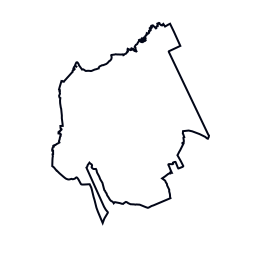 Rovinari, Gorj, Romania (Equal Earth projection), rotated 63°
{"feature_id": "2599482B72679771783557", "entity_name": "Rovinari", "entity_type": "district", "adm_level": 2, "iso_a3": "ROU", "parent_name": "Romania", "parent_adm1": "Gorj", "projection": "equal_earth", "projection_center": [23.157, 44.921], "detail": "fine", "context": "isolated", "style": "outline", "palette": "ink", "viewbox_px": 256, "rotation_deg": 63, "n_neighbors": 0, "source": "geoboundaries", "source_scale": "gbopen_adm2", "svg_char_len": 5588}
<svg xmlns="http://www.w3.org/2000/svg" viewBox="0 0 256 256"><g transform="rotate(63 128 128)"><path d="M187.0,96.0L181.3,96.0L174.7,96.3L173.9,95.1L172.4,93.1L171.7,91.9L167.2,85.8L167.0,86.0L166.9,86.4L166.6,86.5L166.1,86.4L166.0,85.9L166.3,85.3L166.2,85.0L164.9,84.1L161.9,83.1L161.7,82.8L161.7,82.0L160.4,81.9L158.8,81.6L157.9,81.7L155.8,80.4L156.1,79.6L157.8,75.1L160.1,72.3L165.9,67.0L171.0,63.2L173.0,62.4L173.8,61.7L172.6,60.1L171.5,59.3L171.1,59.4L170.1,59.5L78.9,57.1L78.4,57.0L78.2,56.8L78.2,56.6L78.6,44.1L63.3,43.4L54.2,43.2L54.2,45.4L54.4,48.9L51.3,49.3L51.7,50.5L52.2,50.4L52.2,50.5L52.2,50.8L51.6,51.7L51.1,52.0L50.8,51.9L49.9,52.5L49.3,52.6L48.7,52.4L48.4,52.7L48.5,53.4L48.3,54.2L48.3,54.5L48.7,54.6L49.4,54.6L49.7,55.0L50.1,55.3L50.4,55.1L50.6,55.1L50.8,55.4L50.5,56.2L50.6,56.6L51.1,57.3L51.8,57.4L51.9,57.9L47.9,59.2L47.7,59.5L47.5,60.9L48.1,61.4L49.1,61.0L49.5,61.5L49.4,61.9L49.6,62.0L49.7,62.3L49.4,62.7L49.4,62.9L48.8,63.0L48.9,63.3L50.7,63.1L51.2,63.4L51.4,64.3L50.8,64.6L50.9,65.1L51.5,65.6L51.9,65.8L52.2,65.8L52.4,66.4L52.8,66.3L53.0,66.9L52.9,67.0L52.9,67.8L52.3,68.2L52.5,68.3L53.0,68.3L53.0,68.5L52.9,68.8L53.2,68.9L53.3,69.2L53.4,69.5L53.7,69.5L53.8,69.7L53.6,70.1L54.2,71.2L54.4,71.4L54.8,71.4L55.1,71.9L56.0,71.6L56.3,72.3L54.8,73.0L55.1,73.5L55.3,73.5L56.2,73.3L56.5,73.0L57.8,72.4L57.9,72.6L57.0,73.0L56.8,73.3L56.9,73.6L57.9,73.2L58.0,73.5L54.5,74.8L54.6,75.0L55.3,74.8L55.5,75.0L55.7,74.9L55.8,75.1L54.7,75.6L54.8,75.8L55.3,75.7L55.4,75.9L58.0,75.1L58.1,75.5L57.5,75.7L57.8,76.5L57.5,76.7L57.4,77.2L57.2,77.3L56.2,77.7L54.6,77.9L54.6,78.3L54.9,78.4L55.5,78.8L55.9,79.4L56.5,80.6L57.4,81.7L57.5,83.2L57.8,83.8L58.4,84.7L58.5,85.0L59.0,85.2L60.2,84.9L60.9,85.7L61.7,85.5L62.3,85.6L62.6,85.9L63.5,85.6L63.6,85.9L62.2,87.3L60.8,87.6L59.7,87.5L59.5,88.0L58.8,88.6L59.3,88.9L59.3,89.0L59.0,89.2L59.0,89.4L59.3,89.4L60.0,89.3L59.7,90.5L58.4,91.4L57.3,92.3L57.7,92.7L58.4,92.9L58.9,93.3L59.5,93.1L59.7,93.3L59.6,93.7L60.1,94.2L59.9,94.5L60.8,95.9L60.7,97.5L60.8,98.0L61.0,98.4L61.0,99.1L60.7,99.1L60.2,98.9L60.1,99.0L59.5,100.6L57.5,104.4L56.7,105.5L56.5,106.5L55.4,109.6L55.5,109.9L56.0,110.1L56.8,110.2L58.0,110.7L59.2,111.8L59.9,113.4L59.9,113.7L59.8,114.1L60.8,116.7L61.1,118.3L60.7,121.9L60.4,122.3L60.3,122.6L60.3,125.5L60.6,126.1L61.6,127.1L61.4,127.4L61.3,129.1L60.8,131.2L60.6,134.6L60.3,135.4L59.8,136.0L58.8,137.8L58.1,139.5L57.8,139.9L56.1,140.8L55.4,141.3L55.1,141.8L55.1,142.4L49.9,143.2L48.7,143.0L46.9,143.2L46.6,143.3L46.3,143.6L46.2,143.9L46.2,144.3L47.0,145.4L48.3,146.9L49.2,146.5L49.8,146.1L49.9,146.3L48.8,147.0L48.8,147.5L49.0,148.1L50.0,149.4L50.7,148.9L51.0,148.8L51.3,148.8L51.5,149.3L51.7,150.0L51.7,150.5L51.4,150.6L52.1,151.6L52.6,151.7L52.9,151.9L53.1,152.7L57.4,163.9L57.6,164.2L56.6,164.9L56.8,165.3L56.0,166.0L60.4,170.2L62.4,172.0L62.7,171.8L62.9,171.5L63.1,171.5L63.3,171.9L64.0,172.4L64.3,172.4L64.5,172.1L65.6,172.8L66.3,172.9L67.2,173.7L67.7,174.5L68.2,174.8L68.8,175.0L69.9,175.2L70.6,174.7L72.5,176.0L75.1,177.2L79.3,178.6L80.5,178.8L81.0,179.0L86.9,181.3L89.2,182.5L94.5,184.4L96.5,185.2L95.5,187.3L97.3,188.1L98.2,188.3L98.7,187.8L99.2,187.9L99.4,188.3L99.5,189.1L99.7,189.3L99.8,189.7L99.9,189.9L99.7,190.0L99.8,190.6L100.1,190.6L100.3,190.8L100.0,191.2L100.1,191.8L101.3,192.4L102.5,190.8L103.4,191.2L103.7,191.0L104.4,191.9L104.7,191.9L104.8,192.2L105.6,193.0L107.1,194.1L108.1,195.2L108.6,195.6L109.8,195.7L109.9,197.4L109.9,198.8L110.2,200.6L110.2,200.8L109.9,201.2L109.9,202.1L110.2,202.2L110.2,202.8L110.3,202.8L110.6,202.4L110.8,202.5L110.6,202.8L111.5,204.2L112.0,204.5L112.2,204.8L112.7,204.9L112.8,205.0L112.8,205.3L113.5,205.6L114.5,206.3L114.0,205.5L114.3,205.1L117.3,206.6L117.2,207.2L119.1,207.8L120.1,208.6L122.1,209.8L127.6,212.8L129.4,211.9L133.6,211.0L133.6,210.8L137.3,209.6L142.2,207.6L144.2,206.7L145.1,206.2L146.3,205.1L146.8,204.5L147.2,203.6L147.7,201.4L147.8,201.2L148.5,200.6L148.7,200.1L149.0,198.6L148.9,197.9L148.6,197.2L148.7,196.2L149.0,196.0L149.5,195.8L151.3,195.5L156.3,195.4L157.0,195.2L157.6,194.5L158.6,192.4L160.7,187.7L164.4,187.8L166.5,188.2L174.0,190.0L176.9,190.5L184.7,192.3L188.9,192.8L201.2,193.7L198.3,190.6L197.5,189.5L194.4,184.5L193.9,184.2L190.6,184.9L187.2,185.1L145.6,183.1L144.4,183.0L144.1,182.1L143.8,181.7L143.5,181.5L142.7,180.7L141.8,178.8L141.4,178.1L142.2,177.9L144.1,176.9L145.0,177.0L145.8,177.6L146.3,178.2L147.6,178.1L148.8,177.4L149.5,176.2L149.9,175.2L150.2,175.2L151.4,175.2L152.6,175.6L154.0,175.8L158.1,175.7L161.2,176.0L165.3,175.7L170.7,176.9L172.8,177.3L173.7,177.0L175.4,177.1L176.5,176.8L177.9,177.1L178.9,177.1L181.4,176.8L183.6,176.7L185.3,176.2L186.2,175.5L187.0,175.1L187.6,174.9L188.6,174.9L188.4,174.3L188.1,173.5L188.3,173.1L191.2,169.4L192.7,167.9L193.0,167.4L193.4,166.8L193.2,166.2L192.9,163.9L192.9,163.5L193.1,163.2L194.2,162.3L195.0,162.0L197.1,160.3L198.8,157.3L199.7,156.1L199.8,155.5L201.6,152.4L206.8,147.9L208.1,146.6L208.3,145.8L208.2,142.4L208.5,140.5L209.8,122.0L208.5,121.8L206.8,121.0L205.6,120.6L203.2,120.1L201.7,119.3L196.9,119.2L195.4,118.7L194.6,118.8L193.7,119.0L192.6,118.8L191.6,118.9L188.4,120.5L188.0,117.2L187.2,113.1L187.3,112.3L187.1,111.5L187.2,111.2L187.8,110.8L187.8,110.6L187.6,110.4L186.7,110.3L186.7,110.1L186.9,109.7L187.5,109.6L187.7,109.3L183.9,109.1L181.2,108.8L179.3,108.8L179.0,108.7L178.8,108.5L178.7,108.3L179.0,107.4L180.4,104.9L180.5,104.6L180.4,104.0L179.5,103.8L179.3,103.7L179.4,103.1L179.3,102.2L179.7,101.3L179.8,101.1L180.4,101.1L186.2,101.6L186.9,101.5L187.0,101.2L187.1,100.5L187.4,97.1L187.3,96.4L187.1,96.1L187.0,96.0Z" fill="none" stroke="#020617" stroke-width="2"/></g></svg>